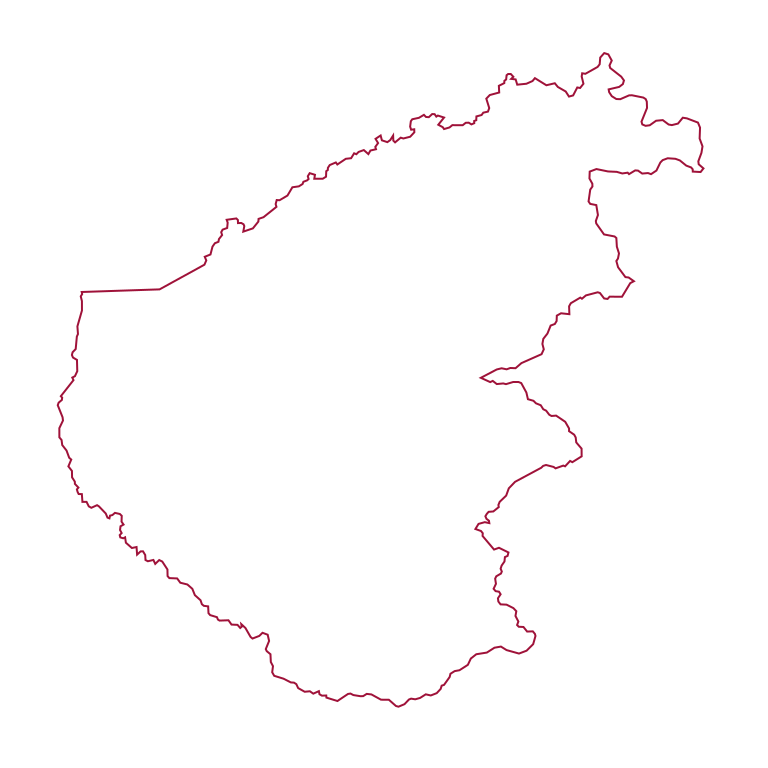 Arraias, Tocantins, Brazil (orthographic projection), rotated 178°
{"feature_id": "56859067B87570959920414", "entity_name": "Arraias", "entity_type": "district", "adm_level": 2, "iso_a3": "BRA", "parent_name": "Brazil", "parent_adm1": "Tocantins", "projection": "orthographic", "projection_center": [-47.118, -12.82], "detail": "fine", "context": "isolated", "style": "outline", "palette": "rose", "viewbox_px": 768, "rotation_deg": 178, "n_neighbors": 0, "source": "geoboundaries", "source_scale": "gbopen_adm2", "svg_char_len": 6100}
<svg xmlns="http://www.w3.org/2000/svg" viewBox="0 0 768 768"><g transform="rotate(178 384 384)"><path d="M452.5,72.6L441.6,68.8L430.8,75.5L428.3,75.8L425.5,74.2L418.4,72.8L415.7,72.8L412.1,74.9L407.4,74.2L398.0,68.6L390.2,68.3L383.3,61.8L380.8,61.0L374.7,63.3L370.1,67.8L367.9,68.6L363.8,67.8L358.9,69.0L353.1,72.4L348.1,71.1L342.1,73.2L338.0,77.3L336.9,80.5L334.5,81.2L328.6,88.9L327.7,92.1L323.4,94.6L318.6,95.3L310.0,100.4L306.8,106.6L301.2,110.7L290.6,112.0L282.8,116.6L276.3,117.5L270.8,113.8L258.5,109.9L250.8,112.5L244.0,118.8L241.4,126.9L241.9,129.0L243.9,131.6L249.6,131.6L253.1,136.3L257.8,136.7L259.4,138.5L258.0,141.9L260.7,147.6L259.7,152.3L262.5,155.5L269.2,159.2L275.2,159.7L277.3,162.6L277.6,165.9L274.8,169.8L276.3,172.4L279.7,173.1L281.6,175.5L279.1,180.4L279.7,185.6L278.5,187.9L273.7,190.5L272.8,192.5L273.9,195.3L272.8,198.4L269.8,202.4L269.2,206.8L266.5,207.9L265.5,211.3L274.8,216.3L279.8,214.7L290.8,228.7L290.5,231.4L292.2,233.7L297.7,235.9L294.4,240.9L288.1,242.4L283.6,241.3L283.9,243.7L286.3,245.7L287.3,248.3L285.8,250.6L283.9,252.6L279.2,252.8L273.6,257.0L273.9,259.1L272.5,262.2L265.8,268.2L262.9,275.4L256.4,281.7L229.8,294.8L227.8,296.6L224.9,297.4L217.4,295.2L215.5,293.7L207.7,296.2L205.9,295.4L200.7,300.6L198.5,299.3L189.0,304.8L188.8,312.5L193.9,318.9L194.3,323.9L195.7,326.7L200.7,330.4L200.6,333.1L204.2,339.9L213.1,346.4L217.7,346.2L219.9,347.5L222.9,351.7L225.7,353.2L228.1,357.3L232.8,359.4L235.2,362.0L240.7,363.8L242.0,370.5L246.8,380.1L249.5,381.3L254.8,381.5L262.1,379.6L264.8,380.4L271.3,380.0L275.2,383.3L277.8,382.2L287.0,386.8L270.8,394.6L265.9,395.6L260.9,394.4L257.2,395.6L252.0,395.2L245.9,400.1L225.5,408.3L223.1,413.1L224.3,418.5L223.2,423.6L218.9,428.7L215.4,436.6L211.2,438.0L209.3,440.9L208.9,446.3L204.6,448.5L196.3,447.3L196.3,455.2L194.5,458.2L184.8,463.5L183.2,462.3L179.1,465.5L167.2,468.2L165.0,467.4L161.0,461.8L157.6,461.2L155.5,463.4L143.1,462.9L134.4,476.2L130.7,478.0L135.8,481.9L139.0,482.4L146.0,492.5L147.5,498.8L145.8,501.2L144.6,506.3L146.5,513.1L146.7,521.8L148.4,523.4L158.9,525.8L166.3,537.1L166.6,539.5L164.3,545.4L165.6,555.4L171.6,556.8L173.2,559.3L171.1,571.1L168.8,574.1L168.8,576.9L171.5,582.2L171.0,589.1L164.2,591.4L152.7,588.6L144.0,587.9L138.5,586.1L133.1,586.7L131.8,585.2L125.5,588.7L122.7,588.4L118.6,585.3L112.8,585.6L109.8,584.4L104.3,587.8L100.1,595.7L97.7,598.0L92.6,599.7L84.9,598.9L80.5,597.1L74.3,591.7L69.5,589.7L68.0,587.8L68.0,585.5L60.2,584.8L57.2,588.3L61.8,592.6L62.1,595.6L58.7,603.9L57.4,610.4L60.0,618.3L59.2,629.2L61.1,634.3L72.0,638.9L76.1,639.7L81.1,634.0L87.3,632.7L90.5,633.4L96.2,638.0L102.9,637.6L109.4,633.3L113.6,632.9L116.8,634.4L117.5,637.2L111.5,650.7L111.5,657.0L112.5,659.6L114.8,661.2L126.1,663.9L129.0,663.9L137.9,660.4L141.9,660.7L146.3,663.7L148.8,667.8L149.2,670.6L138.6,672.7L134.8,675.4L133.6,679.0L136.2,682.9L146.9,691.9L147.5,694.5L145.1,699.3L148.3,705.6L152.4,707.0L156.5,702.7L157.3,696.0L159.5,693.4L171.9,687.0L175.1,687.6L175.7,684.4L174.2,677.1L177.7,673.0L180.5,673.6L184.9,665.8L189.1,664.8L192.2,670.0L199.9,674.8L202.8,678.6L211.3,676.9L222.5,684.4L225.0,681.6L231.2,679.1L240.4,678.5L241.8,683.8L246.2,684.5L244.0,686.5L246.5,689.4L249.1,689.5L250.7,688.3L251.3,684.1L253.1,682.8L253.3,680.5L258.8,678.0L258.7,671.3L268.2,669.1L271.8,665.6L269.2,656.1L270.6,652.6L275.3,651.7L277.1,649.4L282.3,648.2L282.6,644.4L284.7,643.7L284.7,641.5L287.6,640.4L290.2,642.2L293.2,642.2L296.3,639.9L306.7,640.3L309.6,638.1L315.1,636.7L316.3,638.6L320.7,641.2L314.7,648.2L320.8,650.4L322.4,649.4L324.0,651.9L326.4,652.1L329.9,649.1L332.7,649.4L334.7,651.6L339.8,648.8L346.5,647.6L348.0,645.7L348.9,640.3L348.0,637.2L344.9,637.5L344.9,634.5L349.2,630.2L356.1,628.7L358.7,629.6L364.5,625.1L366.2,626.9L366.2,632.0L369.3,627.5L372.2,625.6L377.6,627.6L378.7,632.5L383.9,629.3L381.5,625.0L384.4,621.3L383.8,618.9L389.4,617.8L391.6,614.3L396.0,618.5L401.3,616.8L403.6,614.6L405.8,615.6L409.0,610.8L414.3,610.4L423.0,605.0L424.4,607.1L430.6,604.7L432.5,602.0L432.7,599.8L434.3,598.7L434.7,593.2L438.0,591.3L446.5,591.6L445.7,595.5L450.9,597.3L452.9,594.3L452.2,591.5L453.7,590.2L457.5,588.9L458.4,586.7L462.2,584.5L468.7,583.8L473.9,575.7L482.0,571.3L484.8,571.6L486.0,567.6L485.3,564.8L498.6,554.9L503.6,553.4L503.9,550.7L509.6,544.1L519.3,541.2L518.1,546.7L518.8,548.5L521.0,549.9L524.3,549.9L524.3,553.0L525.8,554.6L535.5,553.6L534.6,550.7L535.3,545.4L539.9,543.9L541.4,541.4L540.6,538.5L543.9,534.6L544.5,531.9L548.1,530.6L550.6,527.3L552.9,519.5L558.7,517.4L557.3,513.7L559.3,509.5L605.0,486.4L682.9,486.5L682.5,484.4L684.0,482.2L683.0,477.4L683.3,468.0L688.4,452.3L688.1,444.6L689.3,442.2L690.9,429.7L694.1,426.6L694.9,423.9L693.9,421.3L690.0,418.8L690.1,407.5L692.6,402.6L695.3,401.3L694.2,398.7L707.4,383.1L706.1,381.6L706.5,379.3L709.8,376.7L710.8,374.2L706.4,362.0L706.1,358.7L710.0,351.2L710.3,342.0L708.2,339.3L707.7,334.2L703.6,328.6L701.2,321.3L699.2,319.4L702.3,312.7L698.9,308.0L699.0,301.6L696.4,297.2L696.4,295.0L693.0,291.1L694.6,289.4L694.0,286.9L693.0,284.7L689.8,284.5L689.5,276.7L685.4,276.6L683.3,272.0L680.8,270.5L675.0,272.9L673.2,271.7L666.6,264.3L665.0,260.1L663.1,259.3L662.4,262.0L660.0,262.5L657.4,264.6L652.5,263.3L650.7,261.4L651.1,255.6L649.2,252.6L652.3,251.0L652.9,247.3L651.4,244.2L653.4,242.2L652.9,239.9L650.0,238.9L648.1,239.8L647.5,234.4L641.7,228.9L637.0,229.7L636.7,222.1L633.1,225.2L630.7,225.2L628.6,221.4L628.5,216.4L626.2,215.1L620.6,216.2L618.9,212.2L614.8,215.9L611.8,214.3L606.9,206.2L607.0,199.6L605.3,197.5L597.5,196.9L594.5,192.5L587.5,190.5L584.7,187.9L582.7,186.0L580.4,179.6L574.9,174.3L573.7,170.3L571.8,168.6L567.5,167.9L567.4,161.1L565.8,159.1L559.1,156.8L558.2,154.4L556.6,153.3L547.7,153.3L544.8,148.9L538.8,148.4L536.2,145.2L534.7,146.4L535.0,149.0L531.0,145.0L526.2,135.9L524.3,134.2L517.4,136.6L514.1,139.6L509.0,137.5L507.8,131.2L511.4,123.2L510.5,121.1L506.9,117.9L506.8,110.1L504.8,105.9L505.8,99.8L503.9,96.2L494.7,93.0L487.5,89.0L484.4,88.7L482.1,87.1L480.4,83.1L474.0,79.2L468.8,79.5L465.5,77.0L459.8,79.3L459.3,76.2L456.9,74.7L452.6,74.7L452.5,72.6Z" fill="none" stroke="#9f1239" stroke-width="2"/></g></svg>